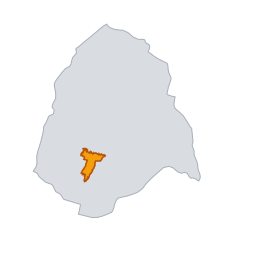 Zvimba, Mashonaland West, Zimbabwe shown in context, rotated 194°
{"feature_id": "62879985B3462136177187", "entity_name": "Zvimba", "entity_type": "district", "adm_level": 2, "iso_a3": "ZWE", "parent_name": "Zimbabwe", "parent_adm1": "Mashonaland West", "projection": "equal_earth", "projection_center": [30.365, -17.376], "detail": "fine", "context": "in_parent", "style": "filled", "palette": "amber", "viewbox_px": 256, "rotation_deg": 194, "n_neighbors": 0, "source": "geoboundaries", "source_scale": "gbopen_adm2", "svg_char_len": 6033}
<svg xmlns="http://www.w3.org/2000/svg" viewBox="0 0 256 256"><g transform="rotate(194 128 128)"><path d="M173.8,223.6L171.9,222.0L169.3,221.0L166.0,220.5L161.8,220.7L156.5,221.6L150.9,220.5L144.9,217.5L139.9,216.5L133.9,217.8L133.7,217.8L132.6,216.8L131.0,214.6L128.3,214.2L127.5,213.7L126.9,212.9L126.5,211.8L126.4,210.7L126.8,207.1L126.6,206.7L125.8,206.2L124.3,205.8L120.7,204.2L116.2,202.6L108.9,200.9L106.0,200.4L105.4,199.9L104.6,198.5L103.1,194.4L101.8,191.6L98.6,187.4L98.1,186.1L98.2,182.7L98.4,180.0L98.8,177.7L98.6,175.6L98.5,172.9L98.6,171.1L98.2,170.3L97.1,169.8L93.8,169.5L89.8,169.6L89.7,166.9L89.3,162.7L88.5,160.3L87.6,159.0L85.8,157.7L82.1,155.9L77.1,153.1L72.7,149.0L67.8,144.0L66.2,143.1L64.4,138.3L61.5,130.2L61.7,127.5L61.3,126.1L58.5,122.1L57.9,120.1L57.4,117.9L53.1,112.1L51.6,109.5L50.5,106.2L49.3,103.6L48.4,102.5L47.2,100.7L46.3,98.7L45.9,97.1L46.2,95.1L46.6,93.7L50.7,95.1L52.9,95.3L54.7,94.5L56.8,95.5L59.4,98.2L62.2,98.7L65.2,97.0L69.3,97.5L74.5,100.2L78.8,100.7L83.9,98.3L88.4,91.8L92.6,85.7L96.8,78.6L99.3,72.8L103.0,68.1L107.9,64.5L112.9,61.5L120.5,57.8L122.0,54.7L122.5,51.3L122.5,46.6L122.9,43.6L123.7,42.2L125.0,41.2L126.6,39.8L131.7,36.2L135.9,33.9L141.0,32.4L146.7,32.4L152.1,32.4L155.2,32.4L155.3,36.9L155.5,42.0L156.1,42.4L160.2,42.6L166.7,42.9L173.1,43.3L177.1,46.9L178.4,47.7L182.6,48.7L188.0,54.8L194.4,55.4L198.8,57.3L202.7,59.4L204.9,61.9L206.4,62.5L208.4,62.7L209.3,62.9L209.1,64.7L207.8,67.8L207.9,72.2L209.7,78.3L209.9,83.5L209.3,92.9L209.3,101.9L209.5,105.1L209.7,107.2L210.1,108.4L210.0,109.7L208.9,113.5L208.1,117.5L208.0,119.1L207.7,120.2L207.0,121.2L204.2,123.0L203.8,124.2L203.8,126.2L204.1,127.9L205.2,128.6L206.4,129.5L206.9,130.8L206.9,132.2L206.5,134.7L205.3,138.9L206.4,143.7L207.7,146.8L209.4,150.4L210.1,152.6L210.0,154.2L209.8,155.7L207.1,162.3L205.3,166.3L203.0,170.7L199.9,173.4L199.2,174.7L198.8,176.2L198.9,179.5L198.8,182.9L196.2,188.1L197.8,192.6L197.4,193.1L196.5,193.7L192.8,198.8L189.1,203.9L186.3,207.6L183.2,211.9L179.7,216.7L176.8,220.7L173.8,223.6Z" fill="#d9dde1" stroke="#a8b0b8" stroke-width="1"/><path d="M164.4,97.3L164.5,97.5L164.6,98.0L164.7,97.6L164.7,97.4L165.0,97.5L165.1,97.4L165.1,97.5L165.3,97.6L165.5,97.7L165.7,98.1L165.6,97.7L166.6,97.0L165.4,96.0L165.5,96.0L165.6,95.8L165.8,95.8L165.8,95.7L165.7,94.6L165.5,94.2L165.8,93.9L165.6,93.7L165.7,93.3L166.0,93.2L166.3,93.3L166.3,93.2L166.0,92.8L166.9,92.6L166.9,91.3L167.2,91.4L167.1,90.1L167.0,89.9L166.5,89.9L166.5,91.0L166.1,90.6L165.8,90.4L165.2,90.0L164.7,89.6L164.5,89.9L163.5,89.3L162.9,88.3L163.4,87.0L162.2,86.8L161.5,87.0L160.5,86.8L159.8,86.8L159.8,85.8L159.9,85.4L160.0,84.6L159.9,84.0L160.2,82.7L160.0,81.6L159.9,81.4L160.7,79.0L161.0,78.2L160.7,77.8L161.3,77.3L162.0,75.5L162.5,72.8L161.5,72.5L161.0,72.9L160.9,72.1L160.4,72.5L160.3,71.9L160.2,71.8L159.9,71.9L159.5,72.0L159.1,72.3L159.0,72.6L158.4,72.6L158.4,72.2L158.3,71.7L158.2,71.5L158.2,71.4L158.3,71.1L158.2,71.0L158.3,70.8L158.5,70.7L158.4,70.3L158.2,70.2L158.0,69.9L158.0,69.5L157.9,69.3L157.9,69.2L157.8,68.9L157.9,68.5L157.9,68.2L157.9,67.8L157.9,67.5L157.8,67.4L157.8,67.2L157.9,66.9L157.9,66.7L157.6,66.6L157.7,66.4L157.5,65.9L157.4,65.8L157.4,65.6L157.2,65.5L157.0,66.0L156.8,65.9L156.6,66.1L156.7,66.4L156.6,66.7L156.1,66.8L156.0,66.7L155.9,66.6L155.8,66.8L155.8,67.1L155.8,67.3L155.8,67.7L155.7,67.6L155.4,67.7L155.2,68.1L154.9,68.3L154.8,68.6L154.7,68.8L154.5,69.1L154.7,69.3L154.5,69.6L154.8,70.1L154.6,70.0L154.4,70.0L154.2,70.2L154.1,70.3L154.0,70.6L154.0,70.9L154.1,71.0L153.9,71.2L153.9,71.3L154.0,72.2L153.9,72.8L153.8,73.1L153.9,73.4L153.9,73.5L153.8,73.9L153.5,74.1L153.4,74.2L153.4,74.4L153.4,74.5L153.2,74.6L153.1,74.8L153.1,75.2L153.1,75.3L152.8,75.5L152.6,75.6L152.6,75.8L152.6,76.1L152.6,76.3L152.5,76.5L152.5,77.0L152.3,77.1L152.2,77.3L152.2,77.6L152.4,78.2L152.3,78.3L152.2,78.3L152.3,78.6L152.5,79.0L152.4,79.1L152.2,79.0L151.9,79.4L151.9,79.7L151.9,79.8L151.7,80.1L151.6,80.3L151.4,80.8L151.3,81.0L151.5,81.6L151.4,81.7L151.2,82.2L151.3,82.4L151.2,82.5L151.2,82.8L151.3,83.2L151.3,83.3L151.2,83.4L151.2,83.7L151.0,83.8L151.1,84.3L151.3,84.5L151.4,84.9L151.4,85.1L151.4,85.3L151.4,85.5L151.6,85.6L151.7,85.8L151.6,86.1L151.6,86.4L151.6,86.6L151.6,86.9L151.7,87.1L151.5,87.5L151.5,87.8L151.4,88.1L150.4,88.4L147.1,89.2L147.1,89.3L146.6,89.7L146.4,90.1L146.0,91.1L145.9,91.3L145.9,91.8L145.8,92.2L145.7,92.5L145.7,92.9L145.5,93.2L145.4,93.5L145.1,93.7L144.7,94.2L144.5,94.3L144.4,94.4L144.3,94.6L143.9,95.2L143.5,95.4L143.4,95.3L143.3,95.5L143.7,95.8L144.1,96.2L144.3,96.2L144.5,96.1L144.8,96.2L145.0,96.0L145.2,95.9L145.5,95.7L145.7,95.8L145.7,95.7L145.8,95.6L146.1,95.7L146.4,95.6L146.8,95.6L147.2,95.7L147.3,95.7L147.5,95.7L147.6,95.9L147.7,95.7L147.8,95.7L147.9,95.8L148.0,95.7L148.0,95.9L148.3,95.8L148.5,95.7L148.9,95.5L149.0,95.5L149.3,95.6L149.4,95.8L149.5,95.8L149.7,95.7L149.8,95.8L149.8,95.7L150.0,95.5L150.0,95.4L150.1,95.5L150.2,95.4L150.3,95.3L150.4,95.5L150.7,95.4L151.1,95.4L151.1,95.5L151.3,95.5L151.6,95.6L151.8,95.6L152.0,95.6L152.2,95.8L152.3,95.7L152.4,95.8L152.5,95.7L152.8,95.8L153.1,95.9L153.3,95.9L153.4,95.7L153.6,95.7L153.9,95.7L154.1,95.8L154.3,95.6L154.5,95.5L154.6,95.4L154.9,95.2L155.1,95.0L155.5,94.5L155.7,95.2L155.9,94.8L156.2,94.6L156.3,94.7L156.5,94.7L156.6,94.8L156.9,94.8L157.1,94.8L157.1,95.0L157.7,95.1L157.8,95.8L157.9,96.0L158.0,96.0L158.1,95.8L158.2,95.5L158.2,95.2L158.3,95.1L158.4,95.5L158.5,95.5L158.8,95.7L158.9,95.8L158.9,95.7L158.7,95.4L158.5,95.2L158.5,94.9L158.7,94.6L158.8,94.6L158.9,94.8L159.1,94.9L159.1,95.0L159.3,95.2L159.4,95.3L159.5,95.3L159.6,95.5L159.6,95.3L159.5,95.0L159.5,94.8L159.6,94.6L159.8,94.7L160.0,94.7L160.0,94.8L160.1,95.0L160.2,95.3L160.2,95.2L160.2,94.7L160.5,94.8L160.8,95.0L161.0,95.2L160.9,95.4L161.0,95.2L161.1,95.3L161.3,95.4L161.3,95.5L161.3,95.3L161.5,95.2L161.8,95.4L161.8,95.5L161.9,96.0L162.0,95.8L162.0,95.5L162.0,95.4L162.3,95.3L162.4,95.7L162.5,95.4L162.6,95.6L162.8,95.8L162.9,95.7L163.1,96.1L162.4,96.8L162.7,97.3L163.8,97.9L164.1,97.2L164.4,97.3Z" fill="#f59e0b" stroke="#b45309" stroke-width="1.5"/></g></svg>